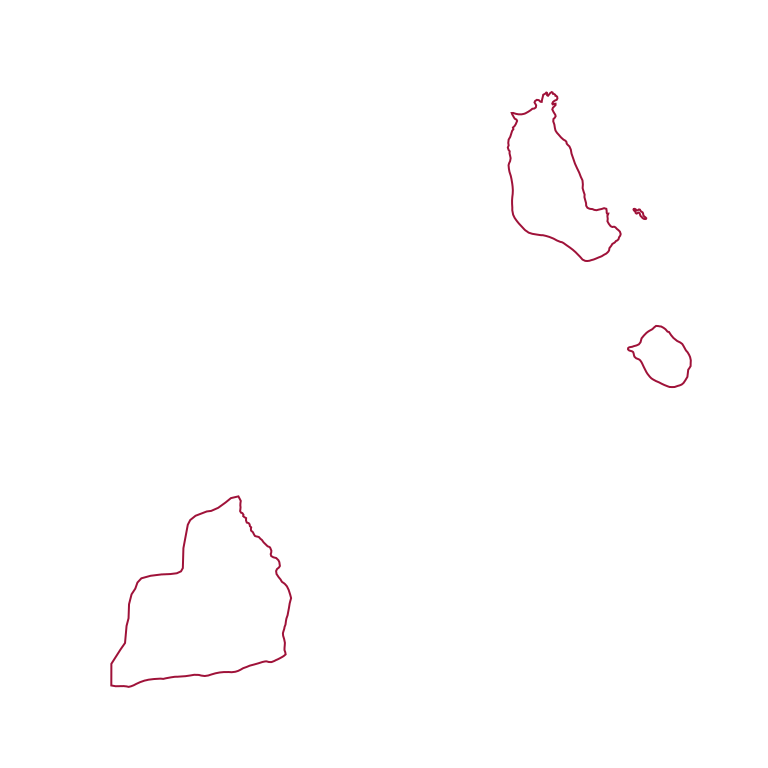 Tongariki, Shefa, Vanuatu (orthographic projection), rotated 263°
{"feature_id": "77236927B69606331838756", "entity_name": "Tongariki", "entity_type": "district", "adm_level": 2, "iso_a3": "VUT", "parent_name": "Vanuatu", "parent_adm1": "Shefa", "projection": "orthographic", "projection_center": [168.594, -16.963], "detail": "fine", "context": "isolated", "style": "outline", "palette": "rose", "viewbox_px": 768, "rotation_deg": 263, "n_neighbors": 0, "source": "geoboundaries", "source_scale": "gbopen_adm2", "svg_char_len": 6048}
<svg xmlns="http://www.w3.org/2000/svg" viewBox="0 0 768 768"><g transform="rotate(263 384 384)"><path d="M118.0,76.6L116.7,80.9L116.2,85.8L115.9,88.7L115.2,91.7L114.5,93.6L114.8,96.1L115.5,98.9L116.5,101.5L117.8,105.6L118.8,110.2L118.9,111.5L119.2,114.2L119.2,119.6L118.8,126.3L118.2,129.0L118.5,131.6L118.8,136.6L118.9,140.6L118.6,143.7L118.4,147.7L118.2,151.3L118.3,156.1L118.5,160.2L117.8,164.8L116.9,167.0L116.0,170.5L116.1,174.1L116.4,175.5L116.8,177.7L117.4,181.5L117.7,185.7L117.6,189.7L117.2,193.3L117.1,194.4L116.5,197.7L116.5,201.3L117.0,204.2L117.9,206.8L119.1,209.6L119.9,213.2L120.8,216.4L121.4,220.8L122.1,225.3L122.9,229.5L123.1,231.7L123.1,233.3L122.7,234.4L122.1,235.8L121.7,238.4L122.4,241.2L123.3,243.6L123.5,244.5L124.4,247.0L125.6,250.0L126.4,251.6L127.6,253.4L129.8,253.3L132.0,252.8L134.2,253.1L136.5,253.6L139.2,254.1L143.0,253.8L146.4,253.2L149.0,253.3L150.9,254.1L153.3,255.2L155.0,255.7L157.2,256.9L160.7,257.8L163.2,258.6L166.2,260.1L170.3,261.4L173.4,262.4L177.6,263.6L180.4,264.7L182.8,265.7L186.4,265.2L191.2,264.3L195.0,263.0L197.4,261.4L198.7,260.2L199.6,259.1L200.2,258.5L202.6,257.5L205.1,255.9L207.9,254.5L208.4,254.2L211.5,254.1L213.3,255.2L213.5,255.5L214.7,257.4L216.1,258.5L220.0,258.4L222.0,257.7L224.4,255.8L225.5,253.0L227.0,251.1L229.0,250.8L230.4,251.5L232.3,251.9L235.6,251.0L236.4,250.1L237.1,248.7L241.5,245.2L244.1,243.8L245.4,242.5L247.4,241.1L248.1,239.3L248.3,238.6L249.0,237.3L250.9,236.5L252.9,235.8L254.7,234.2L256.4,234.2L257.9,234.7L259.2,233.6L261.1,233.5L262.4,232.7L263.2,230.9L265.5,230.4L267.7,230.8L268.9,229.1L270.1,228.1L271.3,228.6L273.1,227.7L273.7,226.4L275.4,225.7L277.3,226.2L279.2,226.6L281.0,226.6L283.3,227.0L285.4,227.6L287.6,226.8L290.2,225.8L289.4,218.2L285.7,212.3L281.3,204.3L279.1,197.0L279.1,192.6L276.2,180.9L272.6,175.1L268.2,172.1L245.5,164.9L225.8,161.9L222.8,159.7L221.4,155.3L221.4,148.8L222.1,140.0L222.1,129.0L220.7,119.5L217.0,115.1L211.2,112.2L206.0,107.8L196.5,104.1L182.6,101.9L175.3,99.0L158.5,95.4L152.7,90.2L139.5,79.3L118.0,76.6ZM561.1,605.8L562.0,605.8L565.6,604.6L570.0,603.5L575.0,601.8L579.5,600.4L581.4,600.0L585.2,599.2L589.8,598.2L593.9,598.0L597.2,597.0L599.1,595.4L600.4,594.6L601.9,594.6L603.3,593.8L604.7,591.9L607.1,589.8L610.1,587.8L612.4,586.2L614.7,585.1L617.4,584.8L620.8,584.7L624.0,584.0L626.4,584.5L627.5,586.0L628.9,587.0L630.4,586.8L632.9,585.6L636.0,584.5L637.6,585.3L639.1,587.2L640.0,588.3L641.3,588.4L641.3,587.2L641.0,585.5L641.9,585.2L643.4,586.2L644.4,587.9L645.0,590.0L646.2,590.9L647.9,590.9L648.9,590.2L649.1,589.3L650.2,589.2L650.3,589.1L651.2,588.0L651.4,587.1L652.7,586.9L653.3,586.0L652.4,584.3L651.3,583.2L650.1,581.9L650.7,581.1L653.2,581.2L653.5,580.6L652.4,579.3L651.7,577.3L650.5,576.9L646.8,575.5L644.8,574.9L645.1,573.7L646.9,572.2L647.4,570.3L646.4,568.4L645.1,567.7L642.1,569.0L640.0,568.4L639.1,566.8L639.1,564.8L637.9,562.9L636.7,560.5L635.4,557.3L635.1,555.9L634.9,553.6L635.3,550.3L636.1,547.8L637.3,545.2L637.4,543.8L636.1,544.1L633.4,545.2L631.4,546.1L630.3,547.7L628.9,548.2L625.8,546.4L624.1,545.0L622.8,543.2L621.2,543.5L619.6,542.0L616.5,540.6L613.9,539.4L611.4,537.5L608.1,536.7L605.7,536.8L603.6,535.7L601.1,536.2L599.7,537.1L597.7,536.7L595.0,537.0L592.7,537.2L589.8,536.3L587.9,535.1L586.0,534.3L582.5,534.2L579.3,534.4L575.1,535.2L571.9,535.5L567.2,535.7L564.3,535.7L560.6,535.5L557.0,534.9L554.2,534.2L550.8,533.5L547.3,533.1L544.2,532.9L543.9,532.9L540.8,532.5L536.3,532.8L533.0,533.9L530.9,535.0L529.3,535.9L526.9,537.4L522.9,540.3L520.4,542.1L519.3,543.0L518.2,544.3L516.6,546.0L515.0,549.5L513.9,553.2L512.8,557.1L512.6,557.9L512.3,559.9L511.2,562.9L509.8,566.1L507.7,569.9L507.0,570.9L505.4,573.1L503.5,576.5L503.2,577.5L503.1,577.8L502.1,579.3L501.9,579.5L499.4,582.2L497.0,584.9L494.3,587.7L491.5,590.2L486.4,594.1L483.3,596.2L481.7,598.7L481.3,600.7L481.3,601.4L481.3,602.9L481.7,605.0L482.0,607.2L482.6,609.5L483.2,611.6L483.5,612.6L483.8,613.9L484.3,615.7L485.4,618.0L486.4,620.6L487.9,622.6L489.2,623.7L491.4,624.3L491.5,624.4L492.5,625.4L493.6,626.5L495.2,627.7L496.0,629.6L496.5,630.5L497.6,631.6L498.1,633.1L499.1,634.4L501.0,635.2L502.4,636.5L504.0,637.2L506.5,636.7L507.7,635.8L508.5,635.1L509.6,634.0L511.3,632.8L512.1,631.5L512.0,629.8L513.0,628.2L515.7,626.6L518.3,625.6L520.6,626.2L523.7,626.2L524.9,627.0L525.8,627.4L526.0,626.1L527.0,625.9L528.7,626.1L530.8,626.0L531.4,624.5L531.7,623.9L531.2,621.5L530.9,618.3L530.6,616.1L531.2,613.9L532.2,612.2L532.7,610.0L533.1,609.0L533.5,608.4L534.1,607.4L536.3,606.4L538.9,606.6L542.2,606.1L545.1,605.7L547.6,606.2L550.4,605.6L554.2,605.0L557.8,605.7L561.1,605.8ZM381.2,687.5L383.0,686.8L385.7,685.7L387.4,684.9L389.1,683.1L391.0,680.2L394.4,676.9L397.5,674.9L400.9,673.2L401.4,671.8L404.0,670.1L405.7,668.3L407.3,666.1L407.7,664.3L408.0,663.6L408.5,661.1L407.3,659.1L406.2,657.7L405.6,656.8L404.5,654.0L403.9,652.7L402.8,650.8L400.4,647.8L397.9,645.2L394.2,643.7L392.3,641.8L391.5,639.3L391.1,636.5L390.7,634.9L390.6,632.3L390.5,631.7L389.9,630.7L388.8,630.4L387.9,630.9L387.3,631.6L387.1,632.1L386.2,634.2L385.3,635.2L383.8,635.5L382.3,635.6L380.6,635.9L378.8,637.4L377.8,639.3L377.1,640.4L376.2,641.2L374.1,642.3L372.4,642.9L369.6,643.8L366.8,644.8L363.8,645.9L361.9,646.8L358.8,648.7L357.0,650.1L355.4,652.0L354.8,652.9L353.9,654.1L353.2,655.3L352.1,657.2L350.5,659.5L348.8,662.2L347.0,665.5L346.2,667.2L345.8,670.0L345.6,672.1L346.3,675.3L346.6,677.3L347.2,679.4L348.5,681.4L350.9,683.5L354.1,686.0L358.2,687.0L361.1,687.7L362.5,689.0L364.4,690.5L367.2,690.9L370.1,691.4L373.4,691.1L375.7,690.4L378.5,689.2L380.2,688.0L381.2,687.5ZM521.6,658.7L520.2,658.9L519.2,659.3L518.5,660.1L517.4,660.7L516.4,661.8L515.9,663.2L516.0,664.2L516.6,664.5L517.7,663.7L518.7,662.6L520.0,662.0L521.9,661.9L522.9,661.5L523.6,660.6L524.7,659.6L525.8,659.3L526.2,658.4L525.5,656.9L525.5,655.9L526.7,655.1L527.3,654.2L527.3,653.7L527.3,653.2L526.7,652.9L525.9,653.2L525.1,653.8L524.6,654.3L523.9,654.6L523.2,654.6L522.4,655.3L522.4,655.8L522.8,656.6L523.1,657.6L522.5,658.4L521.6,658.7Z" fill="none" stroke="#9f1239" stroke-width="2"/></g></svg>